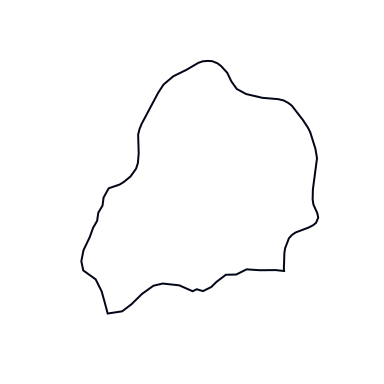 outline of Sangwon, P'yŏngyang, North Korea, rotated 243°
{"feature_id": "82179303B39263220364420", "entity_name": "Sangwon", "entity_type": "district", "adm_level": 2, "iso_a3": "PRK", "parent_name": "North Korea", "parent_adm1": "P'yŏngyang", "projection": "natural_earth1", "projection_center": [126.045, 38.858], "detail": "fine", "context": "isolated", "style": "outline", "palette": "ink", "viewbox_px": 384, "rotation_deg": 243, "n_neighbors": 0, "source": "geoboundaries", "source_scale": "gbopen_adm2", "svg_char_len": 1136}
<svg xmlns="http://www.w3.org/2000/svg" viewBox="0 0 384 384"><g transform="rotate(243 192 192)"><path d="M86.0,241.3L95.7,246.6L99.7,249.5L106.8,257.4L108.4,261.7L108.9,266.0L107.4,279.9L107.4,284.7L108.2,288.5L111.8,292.8L116.2,294.0L125.8,294.5L130.8,296.2L139.6,301.0L165.3,318.7L174.5,321.6L191.8,324.5L196.8,324.5L205.8,323.5L223.7,320.1L227.7,318.2L232.1,315.1L235.7,310.8L244.0,297.4L254.7,284.7L263.4,278.7L272.6,277.3L273.6,277.3L282.3,277.5L291.0,275.1L295.0,273.2L299.4,269.4L301.9,265.1L303.6,260.7L304.2,256.4L303.4,242.5L303.6,227.9L300.7,215.5L295.9,207.1L275.6,178.1L271.9,173.8L267.5,170.0L250.7,162.1L242.2,156.8L238.2,152.8L233.8,144.4L231.9,135.8L231.5,131.0L233.1,119.5L231.0,116.3L227.2,110.7L220.5,106.1L216.1,99.1L209.4,94.4L204.9,87.5L198.3,80.5L189.4,68.9L181.5,62.7L180.4,61.9L171.5,59.5L157.9,66.5L144.5,66.4L133.2,64.1L122.0,61.7L117.4,75.6L119.5,87.2L123.9,101.2L126.0,115.1L123.7,124.4L114.6,138.3L103.3,147.5L103.2,152.1L98.7,156.8L98.6,166.0L100.8,173.0L102.9,184.6L98.4,193.9L98.3,205.5L91.4,217.1L84.5,231.0L79.8,238.2L82.7,239.4L86.0,241.3Z" fill="none" stroke="#020617" stroke-width="2"/></g></svg>